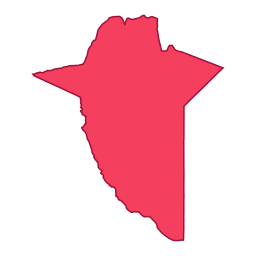 Mandera South, North-Eastern, Kenya (Mercator projection)
{"feature_id": "3690345B27349371945501", "entity_name": "Mandera South", "entity_type": "district", "adm_level": 2, "iso_a3": "KEN", "parent_name": "Kenya", "parent_adm1": "North-Eastern", "projection": "mercator", "projection_center": [40.637, 2.72], "detail": "fine", "context": "isolated", "style": "filled", "palette": "rose", "viewbox_px": 256, "rotation_deg": 0, "n_neighbors": 0, "source": "geoboundaries", "source_scale": "gbopen_adm2", "svg_char_len": 5602}
<svg xmlns="http://www.w3.org/2000/svg" viewBox="0 0 256 256"><path d="M172.4,45.5L169.6,45.4L168.6,46.8L167.8,48.4L167.3,50.0L165.9,51.0L163.7,51.0L161.6,51.1L161.4,50.6L161.3,49.5L160.9,48.2L160.5,46.5L160.2,44.7L159.7,43.2L158.8,39.0L158.2,36.0L158.1,34.9L158.1,34.6L158.1,34.3L157.8,33.5L157.7,32.2L157.7,31.7L157.6,31.3L157.4,30.5L157.1,29.8L157.0,29.2L157.0,28.4L157.0,27.8L157.2,27.1L157.4,26.5L157.5,26.3L157.5,26.1L157.4,24.3L157.2,22.9L157.2,22.2L157.4,21.4L157.3,18.6L155.0,17.7L152.9,16.9L151.8,16.8L151.2,16.8L150.7,16.9L150.1,17.3L149.1,17.6L148.4,17.9L147.8,17.9L147.5,17.9L147.2,17.8L145.7,17.2L145.4,16.9L145.0,16.5L144.9,16.2L144.5,15.5L143.8,15.4L143.5,15.4L143.3,15.4L142.0,16.0L141.0,16.6L140.1,17.4L139.2,17.9L138.3,18.1L135.5,18.7L133.6,19.2L132.8,19.4L131.2,19.3L130.3,19.0L128.9,18.2L128.0,18.2L127.2,18.4L126.8,19.0L126.4,20.0L125.9,21.1L125.6,22.1L125.1,23.1L125.0,24.0L124.9,24.6L124.7,24.7L124.6,24.3L124.4,23.9L123.6,21.9L122.5,18.8L122.1,18.2L121.4,17.9L120.0,16.6L119.8,16.5L119.0,16.5L117.9,16.5L116.6,16.6L115.2,16.6L113.8,16.7L112.7,16.9L111.3,17.2L109.9,17.7L109.2,18.0L108.6,18.7L108.2,19.6L107.3,20.7L106.7,21.1L105.9,21.5L105.3,21.8L104.9,22.2L104.6,22.7L103.9,23.1L103.1,23.6L102.5,24.1L102.1,24.5L101.4,25.3L101.1,26.0L100.7,26.5L100.3,27.0L100.0,27.2L99.7,27.4L99.6,27.6L98.9,28.8L98.3,29.6L98.0,30.8L97.5,31.9L97.3,33.3L97.0,34.5L96.7,35.7L96.1,37.9L95.9,38.8L95.9,39.5L95.4,40.0L94.9,40.2L94.1,40.2L93.5,40.6L93.1,41.1L92.6,41.9L92.2,42.5L92.0,42.9L91.8,43.5L91.7,44.2L91.6,44.9L91.3,45.4L90.9,45.9L90.5,46.4L89.9,47.1L89.4,47.8L89.0,48.3L88.1,50.6L87.8,52.2L87.2,55.3L86.0,58.1L85.0,61.1L84.5,62.0L83.3,63.7L83.2,64.2L82.3,64.3L81.6,64.5L80.8,64.7L79.9,64.9L78.9,65.2L78.6,65.3L78.1,65.4L77.2,65.4L76.2,65.4L75.9,65.4L75.6,65.4L75.2,65.5L73.8,65.6L72.5,65.6L70.2,65.7L69.4,65.8L68.9,65.9L68.1,66.2L67.4,66.4L66.9,66.6L66.6,66.7L66.4,66.7L65.8,66.8L65.1,66.8L64.7,66.9L63.6,67.1L62.7,67.4L62.3,67.8L61.9,68.1L61.3,68.3L60.9,68.3L60.4,68.3L59.0,68.3L58.6,68.4L57.9,68.8L57.3,68.8L56.3,68.9L55.6,68.9L54.9,69.1L54.5,69.2L54.1,69.2L53.7,69.3L53.1,69.6L52.7,69.9L52.4,70.1L51.9,70.3L51.1,70.3L50.5,70.5L49.6,70.6L49.1,70.6L48.5,70.7L47.8,70.5L47.2,70.6L46.8,70.8L46.4,71.0L45.7,71.4L45.1,71.6L44.6,71.8L43.3,72.5L42.6,72.8L42.1,72.8L41.5,72.7L40.8,72.4L40.6,72.3L40.1,72.2L39.6,72.3L39.4,72.3L38.6,72.7L37.9,72.8L37.0,72.9L36.4,73.1L35.6,73.6L34.7,73.9L33.8,74.1L32.9,74.2L33.6,75.0L34.3,75.9L47.1,81.8L57.2,86.4L57.8,86.6L63.7,89.4L75.6,94.9L80.4,97.3L80.3,97.8L80.4,98.4L80.7,98.9L80.9,99.4L80.5,99.8L80.6,100.1L81.0,100.3L81.2,100.7L80.9,101.5L80.7,102.1L80.6,102.7L80.7,103.4L80.8,103.8L81.3,104.0L81.6,104.4L81.5,104.9L81.2,105.4L81.1,105.9L81.2,106.5L81.5,107.1L81.4,107.2L81.3,107.4L80.9,107.5L81.2,108.0L82.1,108.7L82.4,109.3L82.1,110.0L81.8,110.1L81.4,110.3L81.0,110.5L80.9,110.6L80.6,110.9L80.6,111.4L80.9,111.9L81.5,112.1L82.2,112.3L82.3,112.8L82.2,113.3L82.0,114.1L82.5,114.7L83.1,114.9L83.5,114.7L84.0,115.1L84.5,115.9L85.1,116.0L85.7,116.1L86.1,116.4L85.6,116.9L85.5,117.7L85.7,118.5L85.7,118.9L85.7,119.0L85.5,119.5L85.5,120.7L85.8,121.3L85.8,121.9L85.7,122.6L85.7,123.2L85.9,123.9L85.5,124.2L85.3,124.2L84.7,124.3L84.3,124.9L83.7,126.3L83.1,126.9L82.3,127.2L81.8,127.4L81.8,128.0L82.5,129.2L83.0,129.8L83.9,130.8L84.5,131.5L85.1,131.9L85.8,133.0L86.2,133.9L86.5,134.9L86.7,135.9L86.9,136.8L87.3,137.6L87.3,138.5L87.3,138.9L87.4,139.3L88.2,140.2L88.7,141.3L89.2,141.9L89.4,142.7L89.5,143.5L89.9,144.2L90.1,145.0L90.3,145.6L90.7,146.3L90.8,147.0L91.0,147.7L91.4,148.8L91.6,149.6L92.1,150.3L92.0,151.5L92.0,152.4L92.4,153.0L92.6,153.6L93.0,154.3L93.5,154.8L94.2,155.2L94.3,155.6L94.2,156.1L93.8,156.7L93.8,157.3L94.4,158.0L94.8,158.5L95.0,159.1L95.3,159.8L96.0,160.1L96.3,160.8L96.7,161.2L97.4,162.1L97.9,162.8L98.2,163.3L98.2,163.9L98.2,164.8L98.2,165.7L98.1,166.5L98.2,167.3L98.7,168.0L100.0,169.2L101.8,170.9L101.9,171.6L101.1,172.2L100.7,173.0L101.2,173.7L102.4,174.5L103.1,174.9L103.4,175.6L103.2,176.6L103.2,177.4L103.4,178.0L103.8,178.4L104.4,179.3L104.7,180.0L105.3,181.0L105.9,181.7L106.5,182.2L107.0,182.9L107.8,183.4L108.5,184.0L109.1,185.0L109.8,185.6L110.5,185.5L110.8,186.1L111.0,186.6L111.7,187.0L112.7,187.0L113.4,187.1L114.0,187.3L114.5,187.7L115.2,188.4L115.7,189.2L115.8,192.3L116.1,193.0L116.0,193.7L115.9,194.5L115.9,195.3L116.0,196.2L116.7,196.5L117.3,197.1L117.8,197.4L118.1,198.0L118.3,199.3L119.3,200.0L120.3,200.4L121.2,200.8L122.1,201.7L123.1,202.7L123.8,203.4L124.5,204.2L125.3,204.8L125.9,205.6L126.2,206.8L126.3,207.6L126.5,208.2L126.9,208.9L127.8,209.8L129.2,210.9L131.0,212.1L131.6,212.3L132.7,212.2L133.5,212.0L134.1,211.7L134.8,211.6L135.7,211.9L136.5,211.9L137.7,211.9L138.6,212.1L139.5,212.6L140.8,214.1L142.7,215.8L143.5,216.4L144.1,216.7L146.9,216.7L147.8,216.6L148.7,216.6L149.7,217.0L150.7,217.5L151.3,218.2L152.2,219.2L153.5,220.5L154.5,221.3L155.7,222.8L156.8,224.7L157.0,225.3L157.2,226.5L157.2,227.3L157.8,228.3L161.3,232.3L163.7,234.4L164.6,235.1L168.8,238.2L171.9,239.7L173.6,240.4L175.0,240.6L178.0,240.6L179.6,240.4L180.4,240.2L182.0,240.1L183.4,240.1L183.6,237.7L183.6,234.6L183.7,230.8L183.8,226.9L183.7,223.4L183.8,220.0L183.7,216.6L183.8,213.2L183.8,209.6L183.8,206.2L183.8,202.6L183.9,195.5L183.8,192.1L183.8,182.9L183.9,173.9L183.8,164.9L183.8,159.7L183.8,156.1L183.8,147.3L183.7,140.4L183.9,138.8L183.9,129.9L183.9,123.0L184.0,112.8L183.9,112.2L184.0,106.2L185.8,104.3L194.3,95.9L203.2,87.4L211.4,79.2L220.0,70.8L222.1,68.8L223.1,67.9L215.6,65.0L200.5,59.2L182.2,52.1L177.5,51.0L175.0,49.8L174.5,49.0L174.0,47.9L172.9,46.6L172.4,45.5Z" fill="#f43f5e" stroke="#9f1239" stroke-width="1.5"/></svg>